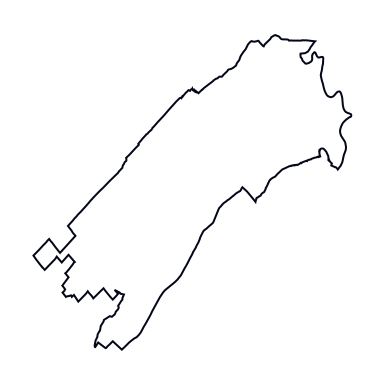 Hudesti, Botosani, Romania, rotated 93°
{"feature_id": "2599482B81424003369239", "entity_name": "Hudesti", "entity_type": "district", "adm_level": 2, "iso_a3": "ROU", "parent_name": "Romania", "parent_adm1": "Botosani", "projection": "equal_earth", "projection_center": [26.51, 48.142], "detail": "fine", "context": "isolated", "style": "outline", "palette": "ink", "viewbox_px": 384, "rotation_deg": 93, "n_neighbors": 0, "source": "geoboundaries", "source_scale": "gbopen_adm2", "svg_char_len": 5726}
<svg xmlns="http://www.w3.org/2000/svg" viewBox="0 0 384 384"><g transform="rotate(93 192 192)"><path d="M263.8,347.0L267.4,344.2L273.8,338.7L273.7,338.7L277.5,335.0L265.9,325.0L263.6,323.7L269.2,318.4L261.2,312.0L268.1,305.4L269.0,306.5L270.3,307.1L276.9,311.7L277.2,312.1L278.4,312.8L279.8,314.3L283.6,310.8L292.3,316.6L293.8,315.2L295.9,313.6L297.9,314.7L299.2,316.0L303.4,312.4L302.9,311.9L302.2,308.9L301.6,307.7L301.6,307.2L303.0,306.5L301.0,304.5L307.4,299.8L299.2,292.6L296.6,290.9L298.0,289.8L301.3,286.5L303.4,285.0L294.7,277.1L292.8,275.3L295.4,273.2L300.9,268.2L303.6,265.5L300.1,262.5L297.6,260.6L295.6,262.4L293.8,264.2L296.3,258.8L297.3,258.2L297.9,254.6L301.5,255.9L303.2,255.9L304.3,256.8L309.6,259.8L311.2,259.1L313.0,259.7L315.5,261.8L318.1,262.6L320.8,265.5L320.3,267.6L324.3,273.2L326.1,273.6L330.5,276.1L335.1,276.6L337.0,277.8L339.3,278.8L341.8,279.0L345.4,280.5L350.3,281.2L351.8,280.9L351.9,280.5L347.2,277.8L352.0,270.8L352.4,269.9L352.0,269.4L350.7,268.4L348.4,266.2L345.2,263.3L353.1,253.8L349.4,250.3L345.8,247.1L344.1,245.3L341.1,241.8L339.9,239.7L337.4,237.5L334.7,235.7L329.3,233.2L325.5,231.2L317.3,227.2L312.7,225.3L298.8,218.6L294.6,216.1L292.9,215.0L290.9,213.2L282.9,204.4L280.4,202.1L275.7,198.7L274.7,198.2L268.8,195.5L266.4,194.2L263.3,192.7L258.2,190.5L254.1,188.5L252.2,187.9L247.5,185.4L245.3,184.6L242.3,183.1L239.0,181.9L236.9,181.4L230.9,178.8L229.8,178.0L227.5,175.3L225.4,173.3L222.2,169.9L221.3,169.2L208.0,164.6L206.4,163.9L205.9,163.5L205.3,162.8L203.2,161.3L201.3,159.6L199.6,157.4L198.2,156.0L197.6,154.9L193.7,150.7L193.2,150.0L191.5,148.4L190.1,146.5L188.5,144.0L187.3,143.2L185.4,142.5L184.6,141.9L188.7,137.0L194.0,132.1L198.5,128.1L197.7,128.0L196.3,127.5L195.3,127.5L194.6,127.2L194.2,126.7L193.9,125.9L193.0,124.9L192.0,123.3L190.8,122.8L189.9,122.1L189.2,121.4L188.4,120.2L187.8,119.7L186.6,119.3L185.5,118.7L184.0,118.5L183.0,117.8L181.9,117.4L180.6,116.8L179.4,116.5L178.5,115.9L177.1,115.5L176.5,115.2L176.0,114.6L175.2,114.2L173.7,112.3L172.3,109.8L169.3,107.4L167.3,105.4L164.9,103.2L161.3,96.4L160.4,93.8L160.6,93.8L159.7,91.2L159.6,90.7L159.7,90.3L159.8,90.3L159.4,89.5L159.6,88.6L159.2,88.2L159.3,87.7L159.2,87.4L157.1,84.7L157.4,84.2L156.9,83.9L156.2,82.6L154.7,79.0L155.0,78.9L155.1,78.7L154.3,78.1L153.9,77.6L153.6,76.3L153.4,76.0L153.3,75.1L153.1,74.8L152.7,74.6L151.2,70.9L151.1,70.1L149.9,67.6L150.5,67.4L149.8,65.8L149.1,66.1L147.2,66.7L145.6,66.8L145.2,67.1L144.1,66.5L143.5,67.0L142.5,66.1L141.9,65.2L141.7,64.4L141.8,63.5L142.1,62.7L143.2,61.5L144.7,60.1L146.9,58.9L149.1,57.8L151.4,57.4L152.6,56.8L152.6,57.5L153.0,57.5L156.2,53.8L158.2,54.3L159.7,50.5L159.7,49.8L160.6,48.6L161.9,47.6L158.1,45.0L154.6,43.5L147.2,42.3L142.2,40.7L139.3,40.5L134.8,41.5L133.3,42.3L128.3,45.9L127.3,46.4L125.1,47.1L123.4,47.4L121.0,47.1L118.8,46.5L116.0,45.4L114.2,44.2L111.7,41.9L109.1,38.7L108.8,37.7L108.4,37.3L107.9,37.0L106.7,37.0L105.8,37.6L104.9,40.6L104.1,42.5L103.4,43.3L101.5,44.6L100.4,45.1L97.4,45.9L90.1,46.9L89.0,47.2L85.6,48.4L84.2,49.4L83.9,49.9L83.9,50.5L84.2,51.5L84.4,52.0L85.2,52.8L88.4,55.2L89.4,56.4L89.8,57.4L90.0,57.9L90.0,58.9L89.9,59.4L89.1,61.3L87.9,62.6L86.3,63.6L84.0,64.8L81.5,65.7L77.0,67.0L73.7,68.2L68.9,69.5L67.2,69.4L63.5,68.7L59.7,68.4L57.2,67.9L51.7,67.9L50.7,68.1L50.4,68.6L50.3,69.7L50.9,71.4L51.1,72.6L50.9,73.1L50.1,74.1L49.0,74.8L46.6,75.9L46.2,76.4L46.0,77.0L46.3,77.5L46.9,77.7L47.8,78.6L48.4,78.9L49.1,79.0L49.8,79.2L53.1,78.9L54.2,79.1L54.7,79.3L55.6,80.0L56.8,81.7L57.3,82.7L57.9,84.6L57.9,85.1L57.7,85.6L55.1,88.4L52.7,89.5L51.7,90.5L48.7,91.0L48.1,90.8L47.5,86.7L47.3,86.1L45.7,83.6L43.5,82.2L41.1,81.1L40.0,80.3L35.6,77.5L35.1,77.0L34.8,81.5L34.5,86.2L34.7,87.4L34.7,89.0L34.6,89.4L35.1,91.0L35.5,98.0L35.5,101.3L35.8,102.8L35.7,103.1L35.0,103.6L34.7,104.7L34.8,109.6L34.7,110.5L34.4,111.1L33.9,111.6L32.7,112.7L31.9,113.9L31.3,116.2L30.9,116.7L31.3,118.0L31.9,119.0L32.2,119.2L33.0,120.7L35.2,121.9L40.9,127.2L42.8,128.0L42.6,128.6L39.0,132.3L37.6,133.4L37.5,133.9L38.2,135.7L38.6,137.6L38.6,139.1L38.2,140.2L38.2,140.5L38.8,141.2L38.9,141.6L41.7,143.8L46.6,145.9L49.3,147.9L53.3,150.3L55.1,151.0L57.1,151.5L58.1,151.9L60.8,153.8L63.5,154.7L64.7,156.2L65.3,156.7L66.7,158.8L67.1,159.6L67.8,162.0L68.2,162.4L69.6,163.2L73.0,166.4L75.2,168.1L75.4,169.1L75.3,169.8L75.3,170.3L75.5,170.8L76.3,171.8L77.1,172.4L77.7,174.0L78.9,175.7L80.5,177.2L87.6,185.6L88.0,185.8L89.4,187.2L89.3,187.3L89.7,187.7L93.0,190.7L92.5,191.4L92.0,191.8L91.9,192.0L92.2,192.5L91.9,192.7L91.8,192.9L92.0,193.2L92.0,193.8L91.8,194.0L91.6,194.2L91.2,194.2L91.0,193.5L90.6,193.6L90.5,194.1L91.2,194.3L91.3,194.7L90.8,194.9L90.8,195.5L90.6,195.9L90.0,195.4L89.6,195.5L89.9,196.3L89.4,196.6L89.5,197.2L88.9,197.3L89.4,197.6L89.6,198.3L90.2,198.9L91.1,199.3L90.5,200.9L91.7,201.9L92.1,202.2L93.0,203.2L96.1,205.6L96.4,205.7L96.5,206.2L97.1,206.3L97.1,206.8L97.4,206.9L97.7,206.8L97.9,206.9L98.1,207.4L98.6,207.5L98.4,207.7L98.4,207.8L98.9,209.2L103.0,212.9L112.1,220.2L116.9,223.9L123.9,229.8L127.1,232.3L128.3,233.2L130.0,234.8L130.8,235.0L132.1,235.9L134.4,238.2L136.2,239.6L136.8,240.5L141.7,244.5L142.5,245.0L146.7,248.2L147.1,248.1L147.7,247.6L147.9,247.7L150.8,250.4L157.9,256.3L161.4,259.6L162.0,259.3L164.2,259.2L165.7,260.8L167.4,261.3L168.2,262.0L169.8,262.6L171.5,262.8L173.2,264.3L173.8,264.7L175.0,265.9L176.8,266.9L185.1,274.6L192.0,280.6L196.5,284.8L201.9,289.5L207.0,293.7L207.8,294.2L211.6,297.2L217.5,302.0L220.6,304.8L222.7,306.3L224.5,307.9L226.9,309.6L232.4,314.1L237.2,310.0L238.1,309.5L239.5,308.4L241.2,306.7L241.9,306.1L259.7,320.6L256.6,323.4L255.6,324.2L254.7,325.1L249.8,329.1L248.6,330.4L246.4,332.2L248.3,333.9L249.9,335.0L252.9,337.7L257.9,341.8L263.8,347.0Z" fill="none" stroke="#020617" stroke-width="2"/></g></svg>